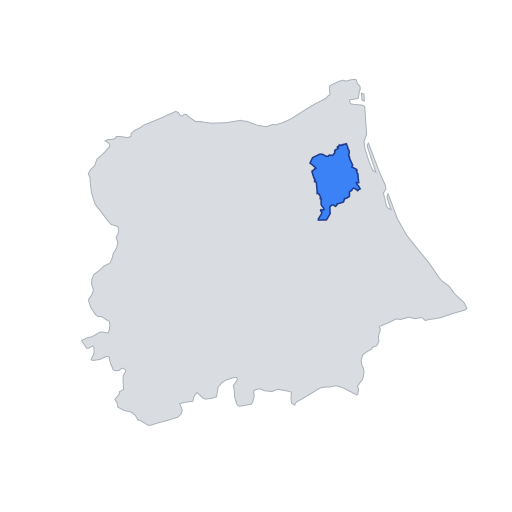 Agneby-Tiassa, Agnéby, Ivory Coast (highlighted), rotated 255°
{"feature_id": "98640826B52449815511854", "entity_name": "Agneby-Tiassa", "entity_type": "district", "adm_level": 2, "iso_a3": "CIV", "parent_name": "Ivory Coast", "parent_adm1": "Agnéby", "projection": "robinson", "projection_center": [-4.418, 5.953], "detail": "fine", "context": "in_parent", "style": "filled", "palette": "blue", "viewbox_px": 512, "rotation_deg": 255, "n_neighbors": 0, "source": "geoboundaries", "source_scale": "gbopen_adm2", "svg_char_len": 8662}
<svg xmlns="http://www.w3.org/2000/svg" viewBox="0 0 512 512"><g transform="rotate(255 256 256)"><path d="M128.3,99.3L129.9,99.2L133.9,97.9L137.6,94.9L141.0,88.5L145.7,83.5L150.9,83.8L152.4,82.9L154.2,82.7L156.4,86.1L158.6,88.6L160.2,88.7L161.3,93.5L170.8,95.5L174.8,96.8L178.2,100.3L179.4,100.4L180.9,99.7L182.0,98.5L182.2,97.1L180.8,93.9L181.4,91.1L183.0,88.5L185.4,88.4L189.1,87.7L193.3,87.7L196.5,88.1L197.7,85.6L196.5,78.4L196.9,74.5L197.4,71.1L198.6,69.8L203.2,74.0L207.5,75.5L210.6,75.6L211.5,74.8L210.2,70.2L210.5,68.9L211.7,68.1L213.7,67.6L219.2,65.7L219.7,66.1L220.8,73.3L220.3,75.7L221.4,80.5L222.8,85.1L222.7,86.9L221.6,89.7L220.2,92.3L220.3,93.4L222.5,95.1L226.7,96.9L231.0,97.3L233.4,94.7L235.9,92.6L237.7,90.6L238.3,87.8L241.0,85.7L248.9,83.1L256.1,82.7L257.9,83.5L261.1,87.5L265.3,90.2L271.6,89.9L276.1,91.5L280.1,94.6L282.7,101.3L285.6,106.2L286.9,113.2L291.5,116.8L295.1,118.5L299.9,123.5L305.0,126.1L310.2,125.5L312.6,128.1L316.5,130.0L320.4,130.1L323.8,124.3L328.3,122.0L339.7,117.4L344.2,115.3L348.8,113.9L359.8,113.5L370.0,114.9L375.1,116.0L378.6,115.2L381.9,118.0L385.3,123.8L388.1,125.6L390.9,127.6L393.1,132.2L395.5,136.8L396.9,138.8L400.0,143.3L402.6,143.3L405.2,141.4L406.3,139.9L406.8,142.9L405.8,147.7L406.0,150.7L407.5,151.8L406.7,155.6L403.7,162.1L403.7,166.0L406.7,167.2L408.8,171.3L410.1,178.3L411.4,180.6L411.5,182.0L413.7,199.0L416.4,215.9L414.7,218.1L412.3,218.8L410.8,219.6L410.4,221.2L411.4,223.5L410.7,225.6L407.8,227.1L401.5,232.5L401.0,234.6L399.4,239.2L397.9,242.0L395.9,247.2L392.6,261.0L391.4,272.4L391.2,275.9L389.9,278.3L388.5,281.9L381.6,291.6L378.1,299.6L378.5,303.1L378.7,306.6L377.6,309.1L377.8,315.8L378.7,321.5L379.9,327.0L384.9,342.7L387.6,352.2L389.2,359.9L390.6,365.1L392.0,367.1L392.5,369.1L399.9,370.6L401.4,371.7L403.4,381.7L403.1,386.2L401.6,387.9L401.7,391.8L401.3,396.5L400.3,398.4L396.1,398.6L393.3,400.4L389.5,399.7L389.2,398.5L387.2,398.1L381.7,395.4L382.6,386.7L380.0,386.4L378.0,387.5L374.1,397.9L372.2,399.7L344.7,394.3L338.7,390.0L331.6,389.0L319.1,389.5L308.8,390.8L305.8,393.4L331.8,391.9L334.6,392.2L335.9,393.8L303.0,397.2L290.5,399.3L286.8,398.7L284.0,395.4L270.3,395.0L267.6,396.1L265.9,398.5L271.2,398.0L279.7,397.8L282.0,399.7L255.5,402.2L237.1,406.9L229.3,410.3L203.6,421.7L188.0,427.1L183.9,429.1L176.8,434.7L167.7,438.2L157.4,444.8L151.1,446.3L149.7,444.2L149.6,433.1L148.7,418.2L149.1,412.5L149.9,407.1L149.9,402.7L153.0,401.0L153.9,399.2L154.3,393.4L157.3,388.1L157.3,379.0L158.2,377.1L158.9,374.6L157.6,368.6L156.0,357.3L155.2,356.5L154.5,357.0L152.9,357.2L146.5,353.3L141.5,352.6L138.0,349.3L137.8,345.5L136.1,343.3L134.9,338.8L133.2,333.8L128.3,330.7L123.7,330.0L120.5,330.6L116.6,330.5L112.3,328.8L109.2,326.8L106.4,323.1L103.7,320.2L101.6,320.6L99.0,319.9L96.4,318.5L95.6,317.5L106.3,305.7L109.9,300.0L110.3,296.4L110.4,292.9L111.5,289.2L111.9,283.7L106.0,263.5L104.5,257.3L102.9,255.4L101.9,254.8L104.9,252.2L109.0,252.8L115.3,254.9L116.7,252.9L121.5,242.7L121.3,238.9L120.9,236.3L123.7,229.3L125.9,226.6L127.1,223.7L126.7,219.7L125.0,218.3L122.8,218.5L120.2,217.6L116.2,215.3L114.1,213.2L114.8,204.0L115.2,201.2L116.6,199.5L118.8,199.1L125.0,198.8L130.1,199.9L134.5,200.5L136.9,200.5L138.8,203.2L141.3,206.0L143.6,206.0L144.4,203.9L143.9,194.8L142.4,190.0L139.0,185.4L130.2,181.4L130.0,175.9L130.9,169.9L132.8,167.7L139.4,163.9L138.2,161.8L136.1,159.6L132.0,157.4L133.0,150.3L133.2,143.9L129.7,144.6L126.1,144.9L123.1,143.0L120.6,139.1L120.1,128.4L120.1,116.0L119.7,110.6L120.6,107.7L123.7,105.0L127.1,101.5L128.3,99.3ZM386.0,399.9L384.5,402.2L377.6,400.7L379.2,398.7L386.0,399.9Z" fill="#d9dde1" stroke="#a8b0b8" stroke-width="1"/><path d="M301.8,331.6L301.7,331.8L301.6,331.7L301.1,331.5L300.9,331.2L300.7,331.2L300.8,331.4L300.7,331.6L300.3,332.0L300.0,332.4L299.7,332.4L299.6,332.5L299.5,332.9L299.3,332.9L299.2,332.9L298.9,332.9L298.7,333.0L298.4,333.2L297.9,333.3L297.7,333.3L297.4,333.4L297.1,333.4L296.7,333.5L296.4,333.5L296.1,333.3L295.9,333.4L295.5,333.4L295.3,333.3L295.2,333.1L294.8,332.8L294.7,332.8L294.6,333.1L294.8,333.3L295.0,333.4L294.9,333.6L294.4,333.8L294.4,333.7L294.1,333.6L288.8,332.2L288.3,332.3L287.5,332.5L287.4,332.5L287.2,332.7L286.6,333.0L286.1,333.2L285.7,333.3L285.6,333.5L285.3,333.6L285.2,333.5L284.9,333.5L284.0,333.7L283.7,333.6L283.4,333.8L283.3,333.7L283.1,333.3L283.2,333.0L283.2,332.8L282.9,332.2L283.4,331.7L283.5,331.6L283.9,331.1L284.0,330.7L283.9,330.6L283.3,330.1L282.9,330.2L282.6,330.2L282.2,330.4L281.9,330.6L281.6,330.6L281.3,330.7L281.1,330.7L280.8,330.7L280.5,330.8L279.1,329.4L278.6,329.2L278.1,328.4L277.8,328.0L275.7,325.8L274.6,325.5L272.6,333.4L277.7,338.6L284.3,340.0L285.7,342.5L285.1,344.0L283.3,345.7L284.3,347.4L285.1,347.9L285.3,347.8L285.3,351.0L285.5,354.2L285.6,354.5L286.0,355.0L286.5,355.0L287.2,355.6L287.4,355.7L287.5,355.9L287.9,356.0L288.0,356.0L288.6,356.4L288.6,356.6L288.3,356.9L288.3,357.1L288.4,357.3L288.3,357.5L288.4,358.0L288.4,358.8L288.6,359.0L288.8,359.3L288.7,359.4L288.8,359.5L288.9,359.9L289.1,360.0L289.1,360.6L289.0,360.9L289.0,361.1L289.7,361.8L289.8,361.9L290.3,361.9L290.7,362.0L291.6,362.5L292.8,362.5L293.5,362.6L293.6,362.8L293.8,363.1L293.9,363.3L294.2,363.6L294.2,363.8L294.2,364.2L294.4,365.0L294.7,365.6L294.9,365.8L295.4,366.1L295.6,366.2L296.0,366.9L296.3,367.5L296.3,367.8L295.9,368.6L295.6,368.8L295.3,369.0L294.7,369.5L294.5,369.9L294.2,370.6L293.6,371.0L293.3,370.9L293.1,370.9L292.9,370.7L292.8,370.8L292.8,371.0L292.9,371.3L293.1,371.5L293.1,371.9L293.5,372.2L293.6,372.5L293.7,373.0L293.9,373.2L293.9,373.3L293.9,374.0L297.3,373.1L297.6,372.9L298.2,372.6L298.5,372.3L298.8,372.1L299.1,372.1L299.3,372.0L299.7,371.9L299.8,372.0L300.2,371.9L300.4,371.9L300.6,371.9L300.9,371.9L300.2,374.2L306.5,375.2L306.9,375.1L307.1,375.1L307.4,375.2L307.5,375.4L307.8,375.4L308.9,375.7L309.2,375.7L309.7,375.3L309.9,375.1L310.2,375.1L310.7,375.0L310.9,375.1L311.1,375.1L311.3,375.0L311.6,375.3L312.0,375.4L312.2,375.6L312.3,375.5L312.4,375.4L312.5,375.6L312.9,375.6L313.0,375.4L313.2,375.6L313.3,375.7L313.6,375.7L317.2,371.6L318.8,372.9L324.1,372.0L324.4,371.9L324.7,371.9L325.0,371.7L325.5,371.8L325.8,371.6L326.1,371.7L326.4,371.6L326.7,371.7L326.9,371.7L327.1,371.7L327.3,372.0L327.5,372.0L328.0,371.8L328.4,371.4L328.9,371.7L329.4,371.6L329.4,371.8L329.5,371.9L330.0,371.9L330.3,371.8L330.5,372.0L330.9,372.5L331.1,372.6L331.3,372.7L332.5,373.1L333.0,373.1L333.5,373.0L334.1,373.2L335.9,372.4L336.2,372.7L336.3,372.7L338.0,372.7L338.5,372.6L339.3,372.5L339.7,372.5L340.4,372.4L340.7,372.5L341.0,372.3L340.9,372.2L340.8,371.9L341.0,371.8L341.0,371.5L341.1,371.4L341.2,371.2L341.1,370.9L341.0,370.6L341.0,370.4L340.9,370.3L340.9,370.2L341.0,370.1L341.0,369.9L341.0,369.7L341.3,369.9L341.5,369.8L341.4,369.8L341.3,369.7L341.3,369.1L341.2,369.0L341.2,368.7L341.0,368.4L340.9,368.1L341.0,367.9L340.9,367.8L340.7,367.8L340.6,367.7L340.9,367.5L341.0,367.4L341.0,367.2L340.8,367.1L340.8,366.9L341.0,366.8L341.2,366.5L341.1,366.4L341.2,366.2L341.2,365.8L341.2,365.6L341.3,365.5L341.2,365.5L341.4,365.4L341.5,365.3L341.4,365.2L341.2,365.0L341.2,364.7L340.9,364.6L340.7,364.5L340.5,364.4L340.4,364.2L340.2,364.0L340.2,363.6L340.5,363.5L340.5,363.1L340.3,363.1L340.1,362.8L339.9,362.8L339.7,362.7L339.4,362.8L339.3,363.1L339.2,363.2L338.8,363.2L338.6,363.1L338.3,362.6L338.2,362.3L338.2,361.8L338.3,361.3L338.3,361.2L338.3,360.9L338.1,360.7L337.8,360.5L337.8,359.7L337.7,359.6L337.6,359.8L337.5,359.7L337.2,359.6L336.7,359.4L336.6,359.1L336.2,358.9L335.9,359.0L335.5,358.9L335.2,358.7L334.9,358.4L334.7,358.3L334.6,358.2L334.6,357.9L334.5,357.4L334.4,357.3L334.2,357.2L334.0,356.9L333.7,356.6L333.6,356.4L333.5,356.2L333.4,356.1L333.4,355.9L333.6,355.2L333.9,354.9L334.0,354.4L334.1,354.1L334.2,353.7L334.4,353.5L334.5,353.4L334.4,353.0L334.4,352.7L334.3,352.3L334.2,352.1L333.6,351.7L333.5,351.2L333.7,350.8L333.9,350.4L334.0,350.3L334.4,349.6L334.6,349.4L334.6,349.2L334.7,348.7L335.4,348.3L335.7,348.0L336.6,347.1L336.9,346.7L337.3,345.9L337.4,345.6L337.8,344.3L337.8,343.5L336.7,337.8L336.4,336.2L334.3,334.3L331.8,332.2L331.3,332.5L329.5,334.0L329.4,334.0L325.4,336.7L325.1,336.2L324.9,336.0L324.9,335.7L325.0,335.4L324.8,335.3L324.8,335.2L324.6,334.7L324.5,334.3L324.4,334.1L324.2,334.0L324.1,333.7L324.0,333.4L323.8,333.1L323.7,332.9L323.8,332.6L323.8,332.4L323.6,332.3L323.3,332.0L322.9,332.1L322.4,331.9L321.9,331.8L321.5,331.9L321.2,331.9L320.4,332.0L320.2,332.0L319.7,331.8L319.2,332.1L318.7,332.1L317.9,332.1L317.3,332.0L317.2,332.0L316.9,332.2L316.2,332.1L315.1,332.7L314.9,332.7L314.7,332.5L314.3,332.7L313.8,332.8L313.6,332.6L313.5,332.2L313.2,331.8L312.7,331.9L312.5,332.0L311.8,333.0L311.6,333.4L301.8,331.6Z" fill="#3b82f6" stroke="#1e3a8a" stroke-width="1.5"/></g></svg>